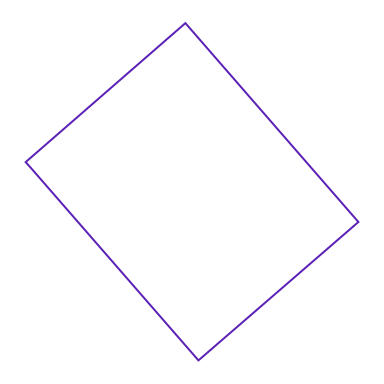 Arthur, Nebraska, United States of America, rotated 229°
{"feature_id": "52423323B23601156295549", "entity_name": "Arthur", "entity_type": "district", "adm_level": 2, "iso_a3": "USA", "parent_name": "United States of America", "parent_adm1": "Nebraska", "projection": "orthographic", "projection_center": [-101.603, 41.569], "detail": "fine", "context": "isolated", "style": "outline", "palette": "violet", "viewbox_px": 384, "rotation_deg": 229, "n_neighbors": 0, "source": "geoboundaries", "source_scale": "gbopen_adm2", "svg_char_len": 232}
<svg xmlns="http://www.w3.org/2000/svg" viewBox="0 0 384 384"><g transform="rotate(229 192 192)"><path d="M323.7,86.1L314.9,86.2L60.7,86.4L60.2,297.9L323.8,297.8L323.7,86.1Z" fill="none" stroke="#5b21b6" stroke-width="2"/></g></svg>